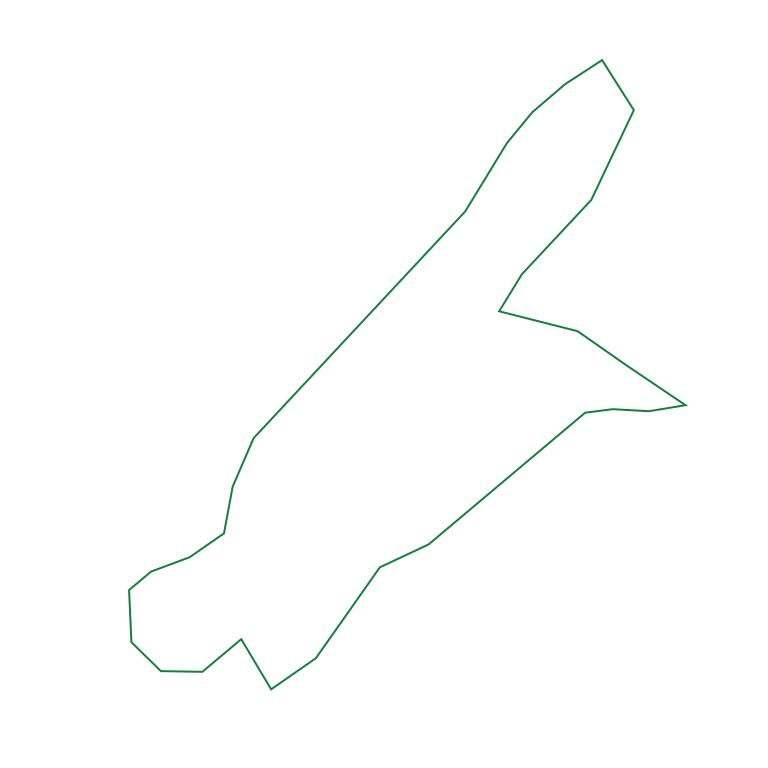 outline of Western Tobago, rotated 350°
{"feature_id": "TTO-5090", "entity_name": "Western Tobago", "entity_type": "Region", "adm_level": 1, "iso_a3": "TTO", "parent_name": "Trinidad and Tobago", "parent_adm1": "", "projection": "natural_earth1", "projection_center": [-60.737, 11.226], "detail": "fine", "context": "isolated", "style": "outline", "palette": "green", "viewbox_px": 768, "rotation_deg": 350, "n_neighbors": 0, "source": "natural_earth", "source_scale": "10m", "svg_char_len": 524}
<svg xmlns="http://www.w3.org/2000/svg" viewBox="0 0 768 768"><g transform="rotate(350 384 384)"><path d="M677.2,457.2L640.2,456.8L604.8,448.5L577.1,447.2L400.1,549.7L348.1,563.8L269.3,642.2L219.8,665.1L199.1,610.5L155.1,635.9L114.4,628.0L90.4,594.4L97.2,542.6L122.0,528.3L162.6,520.8L200.5,503.3L217.1,458.9L246.2,414.7L494.0,228.1L546.9,168.1L577.1,142.2L614.3,120.2L655.0,102.9L677.6,157.7L620.1,238.7L538.8,299.9L510.0,332.4L583.8,365.6L626.2,407.9L677.2,457.2Z" fill="none" stroke="#15803d" stroke-width="2"/></g></svg>